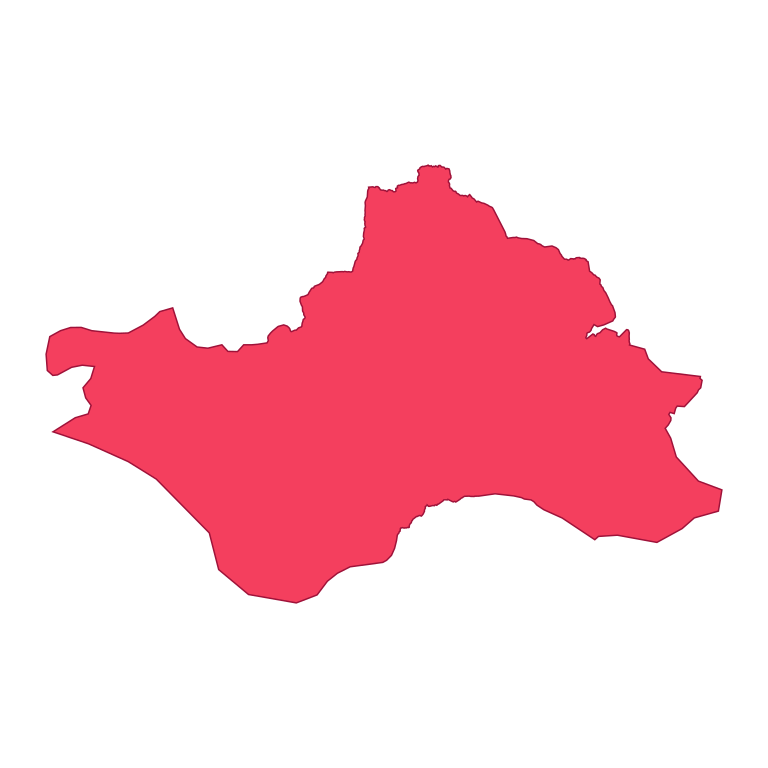 the district of Krachi Nchumuru, Volta, Ghana
{"feature_id": "2480657B73751367479109", "entity_name": "Krachi Nchumuru", "entity_type": "district", "adm_level": 2, "iso_a3": "GHA", "parent_name": "Ghana", "parent_adm1": "Volta", "projection": "natural_earth1", "projection_center": [-0.055, 8.189], "detail": "fine", "context": "isolated", "style": "filled", "palette": "rose", "viewbox_px": 768, "rotation_deg": 0, "n_neighbors": 0, "source": "geoboundaries", "source_scale": "gbopen_adm2", "svg_char_len": 6112}
<svg xmlns="http://www.w3.org/2000/svg" viewBox="0 0 768 768"><path d="M700.4,376.5L661.7,371.8L648.3,358.9L644.7,349.2L629.5,345.0L629.9,343.9L629.3,342.1L629.1,340.2L629.3,339.5L629.1,336.0L629.3,332.9L628.7,330.8L627.9,329.8L626.7,329.6L626.3,329.9L619.5,336.8L617.8,336.4L616.8,335.7L616.7,334.3L617.0,333.0L616.1,332.3L614.0,331.3L606.9,329.0L605.6,328.2L602.6,329.8L600.0,332.7L597.4,333.7L596.5,334.8L595.7,336.3L594.4,335.6L594.2,334.6L592.9,334.0L586.8,338.7L585.8,337.8L586.8,335.3L586.9,333.3L587.6,332.7L589.2,332.2L590.0,331.6L591.1,330.2L591.5,328.7L594.0,324.6L597.6,326.6L603.8,324.9L612.8,320.9L613.6,319.4L615.3,317.2L615.4,316.6L615.0,312.6L612.5,305.7L611.5,304.8L609.8,301.6L608.2,297.8L605.7,292.7L603.9,290.5L602.8,287.5L601.5,286.5L600.8,284.7L599.8,284.0L600.2,279.9L599.1,278.2L596.7,277.0L595.0,275.1L593.8,274.9L591.8,272.7L589.6,271.2L588.1,261.8L586.1,260.5L586.2,259.9L586.1,259.6L584.5,258.6L582.8,258.2L582.2,258.4L579.9,258.1L579.9,257.7L579.5,257.5L576.6,257.7L576.0,257.9L575.0,258.9L574.2,258.7L573.4,259.1L573.0,258.8L570.7,258.6L569.2,259.7L568.2,260.1L566.6,259.2L564.5,259.2L561.7,256.1L561.6,255.4L560.1,253.5L558.4,249.6L556.0,247.7L552.0,246.0L544.6,247.0L542.0,245.7L540.7,244.5L538.9,243.8L537.8,243.7L533.8,240.5L526.9,238.7L521.5,238.5L518.0,237.8L516.5,237.1L515.0,237.5L513.0,237.5L507.5,238.3L506.8,236.6L506.0,236.0L505.7,234.2L504.9,231.8L493.6,209.7L492.4,207.7L491.5,207.1L489.5,206.3L487.9,205.2L484.1,203.4L481.7,202.9L478.4,201.4L478.0,201.2L476.6,202.0L474.0,198.9L472.1,197.9L471.6,197.0L469.7,194.6L468.4,195.6L467.6,196.8L466.2,195.8L465.2,195.5L463.6,195.9L462.7,195.4L460.2,195.5L458.3,193.9L457.5,193.6L456.4,192.9L455.9,191.6L455.2,191.2L454.4,191.4L453.1,190.8L451.1,188.3L450.0,188.0L449.4,185.5L449.6,184.6L449.4,183.3L448.4,182.0L448.5,180.5L449.1,179.3L450.2,179.0L451.0,177.6L450.8,175.5L450.4,174.9L449.9,172.7L449.7,170.7L449.0,168.9L446.8,168.4L445.8,169.1L444.0,167.2L441.5,166.9L441.0,166.2L440.0,165.4L438.5,165.6L438.3,166.8L437.9,167.0L437.4,167.0L436.8,166.4L435.9,166.2L435.7,165.9L434.4,166.7L433.7,166.3L432.4,166.9L431.2,165.7L430.0,166.2L429.4,165.8L428.8,165.9L428.1,165.1L427.1,165.7L424.5,166.3L424.0,166.6L422.9,166.3L421.4,166.8L420.0,167.8L419.6,169.0L418.1,169.9L417.7,170.5L418.0,171.9L418.5,172.3L418.9,173.2L419.1,175.1L418.0,176.5L417.6,178.8L418.0,180.4L417.5,182.0L416.0,182.9L414.6,182.3L412.7,183.0L411.7,182.8L410.4,182.9L409.6,182.4L408.6,182.2L405.8,183.6L405.1,183.6L403.2,184.3L401.9,184.4L399.4,185.4L398.4,185.3L397.3,186.2L397.5,187.8L396.2,188.2L395.7,188.6L396.0,190.7L395.8,191.3L394.9,191.8L393.6,191.8L393.1,191.5L392.4,190.6L391.5,190.6L389.5,189.7L388.3,190.0L387.5,191.2L387.0,191.5L386.5,191.4L386.1,190.9L385.3,190.6L384.3,190.6L383.6,190.1L382.0,190.2L380.4,189.8L379.1,187.7L378.7,187.7L378.2,186.9L377.5,186.6L375.9,186.6L375.1,187.5L373.6,187.2L373.0,186.8L368.6,187.2L368.9,188.5L368.2,189.4L367.7,191.0L367.3,197.0L365.4,201.1L365.1,202.6L365.4,205.6L365.0,210.7L365.2,212.2L365.0,214.7L365.2,215.9L364.5,217.3L364.5,219.0L364.3,219.5L364.6,220.9L365.1,221.7L364.8,223.3L365.0,225.2L365.6,227.0L365.5,227.6L364.8,227.7L364.2,228.4L364.4,230.0L363.7,233.0L363.4,236.5L364.2,238.8L364.1,239.3L363.2,240.2L362.6,243.2L361.2,245.8L360.0,247.1L359.8,249.1L359.3,250.6L359.3,251.8L359.0,252.5L357.9,253.4L358.1,255.1L358.0,255.9L357.0,258.0L356.8,259.4L355.6,260.7L355.2,261.5L353.8,266.8L353.2,267.9L352.6,271.2L351.1,272.1L348.7,271.7L347.3,271.9L344.7,271.4L343.4,271.8L342.4,271.6L336.2,271.9L334.3,272.2L333.1,272.8L332.5,272.4L327.8,272.2L327.6,272.6L327.6,273.4L325.9,276.0L325.6,277.5L324.4,278.5L322.8,281.5L322.1,282.2L319.3,284.4L314.6,286.2L314.2,286.5L314.0,287.4L313.4,288.0L312.2,288.1L311.6,288.5L309.2,292.2L308.0,294.6L305.7,295.7L303.6,296.5L302.3,296.6L300.6,297.3L300.2,298.2L300.0,301.2L301.4,305.1L302.4,306.8L302.6,311.0L303.7,313.0L303.8,314.8L305.0,316.8L305.1,317.7L304.4,318.7L303.5,319.2L303.2,319.7L302.8,321.6L302.2,323.1L301.8,326.3L301.5,326.8L298.5,327.9L296.4,330.1L294.8,330.2L291.7,331.6L290.9,331.5L290.3,330.5L289.9,329.0L289.0,327.7L287.2,326.1L283.7,324.9L278.6,326.3L277.8,326.7L272.6,331.0L270.6,333.0L268.2,336.0L267.8,337.8L268.3,340.7L267.0,342.9L257.7,344.3L251.6,344.8L243.7,344.8L237.5,351.6L227.9,351.4L221.9,344.8L207.9,348.2L197.1,347.0L185.4,338.6L179.5,329.3L172.7,307.9L159.8,311.6L154.8,316.4L143.2,325.1L128.3,333.0L119.5,333.3L114.2,333.1L91.8,330.7L81.2,327.4L70.6,327.5L60.5,330.7L49.8,336.6L46.1,354.2L47.3,370.5L52.8,375.4L57.5,374.9L71.6,367.3L82.3,365.2L94.5,366.5L90.8,378.5L83.0,387.8L85.7,397.9L91.1,405.4L88.2,413.9L75.3,417.7L53.0,431.8L88.5,443.8L128.2,461.6L156.3,479.1L209.3,532.9L218.7,569.6L248.5,594.5L296.3,602.9L317.1,594.9L327.4,581.2L337.3,573.3L350.1,566.8L382.8,562.4L386.6,560.3L391.5,555.3L394.6,548.3L396.5,540.6L397.3,535.2L397.9,534.1L398.8,533.2L399.2,531.8L400.0,531.3L400.4,528.4L401.0,527.9L401.5,528.0L402.2,527.6L404.2,528.1L405.1,527.8L406.0,528.0L408.2,527.3L408.7,527.6L409.2,527.3L409.4,525.2L410.4,523.4L411.2,522.9L411.8,520.9L412.4,520.3L412.9,519.3L416.5,516.5L417.2,516.5L419.2,515.5L420.6,515.7L421.2,516.1L421.9,515.6L423.2,514.0L424.5,511.2L424.4,510.1L425.4,508.0L425.2,506.9L425.5,506.4L426.9,505.5L427.1,504.9L428.5,506.3L429.7,506.3L432.8,505.5L434.4,505.7L435.0,505.0L435.7,504.9L436.7,505.3L437.0,505.2L437.4,504.3L438.5,504.1L443.1,500.8L443.6,500.0L444.3,499.8L446.6,499.8L447.1,500.0L447.8,499.3L452.6,501.7L453.5,501.9L454.2,501.4L455.2,501.6L455.6,502.0L456.2,501.8L459.9,499.4L461.3,498.1L462.6,497.6L463.3,496.9L464.5,496.3L469.3,496.1L470.4,496.4L474.2,496.5L474.7,496.2L478.9,496.1L495.1,493.8L513.7,495.9L521.5,497.6L524.3,499.0L531.0,499.9L533.9,501.7L536.9,505.1L543.8,509.7L562.2,518.0L594.8,539.7L598.5,536.4L617.4,535.2L656.9,542.4L682.1,528.6L694.3,517.9L718.4,511.1L721.9,489.9L698.4,481.1L676.3,457.0L670.7,438.2L665.2,428.3L668.2,425.0L670.8,420.5L671.0,417.8L668.8,414.4L670.0,412.4L674.2,413.6L675.7,408.2L677.2,406.1L684.4,406.6L697.2,392.8L698.5,389.9L700.7,387.8L702.1,380.3L700.0,378.4L700.4,376.5Z" fill="#f43f5e" stroke="#9f1239" stroke-width="1.5"/></svg>